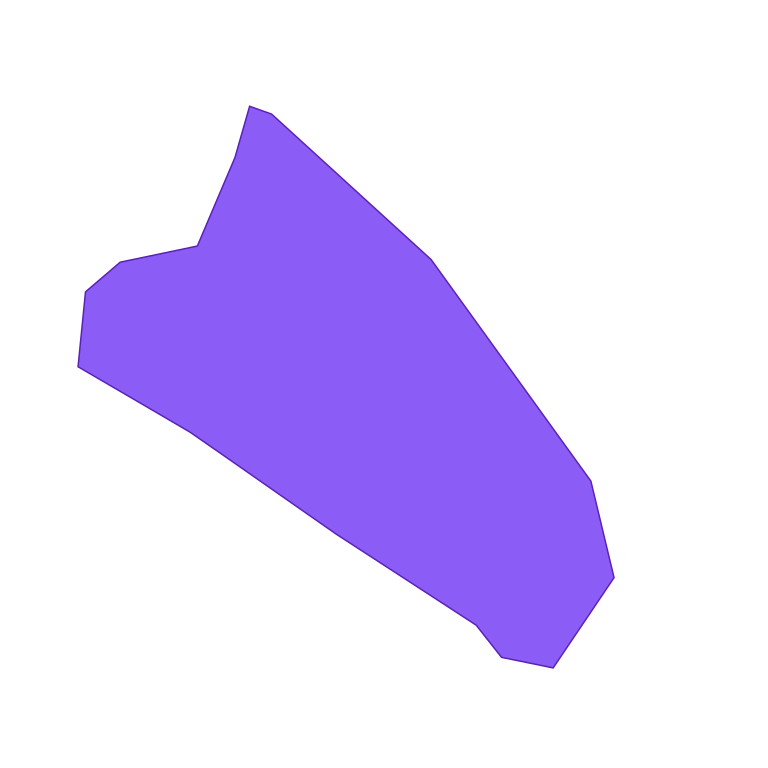 Grande Riviere/Des Branch, Dennery, Saint Lucia, rotated 34°
{"feature_id": "8701671B98296158896120", "entity_name": "Grande Riviere/Des Branch", "entity_type": "district", "adm_level": 2, "iso_a3": "LCA", "parent_name": "Saint Lucia", "parent_adm1": "Dennery", "projection": "orthographic", "projection_center": [-60.935, 13.934], "detail": "fine", "context": "isolated", "style": "filled", "palette": "violet", "viewbox_px": 768, "rotation_deg": 34, "n_neighbors": 0, "source": "geoboundaries", "source_scale": "gbopen_adm2", "svg_char_len": 396}
<svg xmlns="http://www.w3.org/2000/svg" viewBox="0 0 768 768"><g transform="rotate(34 384 384)"><path d="M120.7,540.8L192.5,536.1L250.1,532.4L293.3,533.0L428.3,535.2L551.9,533.1L595.3,532.4L634.3,544.9L683.0,524.8L683.0,415.9L609.8,348.8L353.5,254.5L139.9,223.1L117.3,228.9L133.8,279.6L152.1,374.0L97.2,430.5L85.0,474.5L120.7,540.8Z" fill="#8b5cf6" stroke="#5b21b6" stroke-width="1.5"/></g></svg>